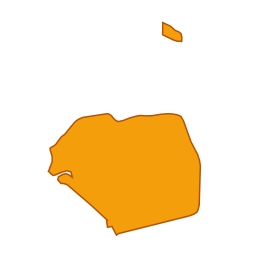 Dubay, Robinson projection, rotated 274°
{"feature_id": "ARE-350", "entity_name": "Dubay", "entity_type": "Emirate", "adm_level": 1, "iso_a3": "ARE", "parent_name": "United Arab Emirates", "parent_adm1": "", "projection": "robinson", "projection_center": [55.527, 24.951], "detail": "fine", "context": "isolated", "style": "filled", "palette": "amber", "viewbox_px": 256, "rotation_deg": 274, "n_neighbors": 0, "source": "natural_earth", "source_scale": "10m", "svg_char_len": 1218}
<svg xmlns="http://www.w3.org/2000/svg" viewBox="0 0 256 256"><g transform="rotate(274 128 128)"><path d="M22.7,122.5L23.5,122.0L28.6,118.9L27.6,114.5L33.7,113.1L34.5,113.9L48.3,96.7L67.2,71.3L68.1,67.9L68.0,64.9L71.5,61.5L74.4,62.0L77.2,66.2L78.1,69.1L77.4,72.0L74.9,75.9L80.1,74.2L81.1,70.4L79.6,65.7L75.9,58.4L75.4,56.7L76.5,54.9L79.3,51.6L79.7,51.9L89.1,54.7L94.4,54.3L100.5,52.0L102.2,51.6L103.3,52.6L105.3,55.7L106.8,57.2L112.8,60.9L114.2,61.9L115.7,63.4L117.0,65.1L130.2,74.5L133.2,77.8L135.4,82.2L140.7,105.7L140.8,107.1L140.4,108.4L139.7,109.8L138.7,111.0L136.4,113.1L135.5,114.2L134.8,115.1L133.8,117.4L133.7,117.6L135.1,122.6L138.4,129.6L140.5,135.6L141.1,138.3L141.4,140.0L141.3,145.0L142.0,151.3L144.1,160.3L145.0,167.0L145.1,170.7L144.9,173.5L144.6,175.9L144.2,177.5L143.2,180.0L138.9,182.9L118.6,191.8L106.2,199.4L100.6,201.6L95.4,202.8L56.3,204.4L52.5,203.9L48.9,202.7L46.6,199.6L44.7,195.5L22.1,126.1L20.4,124.0L21.3,123.4L21.9,123.0L22.3,122.8L22.7,122.5ZM235.6,155.3L232.5,163.3L228.6,168.4L227.4,172.1L225.8,174.3L222.3,175.4L218.3,175.5L218.0,175.5L218.0,175.4L218.2,173.7L218.0,170.8L219.2,166.5L223.4,156.1L235.5,155.3L235.6,155.3Z" fill="#f59e0b" stroke="#b45309" stroke-width="1.5"/></g></svg>